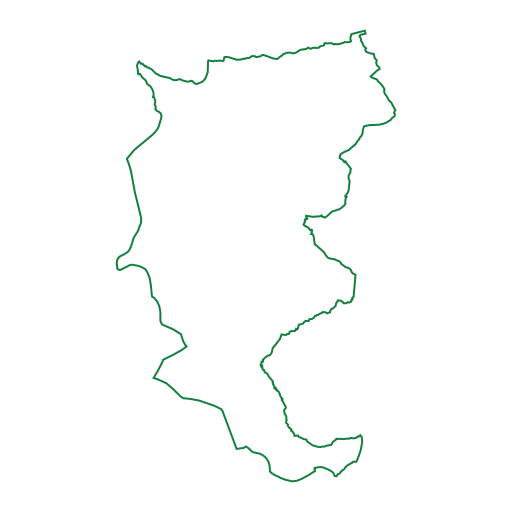 Biblian, Cañar, Ecuador, rotated 270°
{"feature_id": "8360857B93443037342113", "entity_name": "Biblian", "entity_type": "district", "adm_level": 2, "iso_a3": "ECU", "parent_name": "Ecuador", "parent_adm1": "Cañar", "projection": "albers", "projection_center": [-78.972, -2.675], "detail": "fine", "context": "isolated", "style": "outline", "palette": "green", "viewbox_px": 512, "rotation_deg": 270, "n_neighbors": 0, "source": "geoboundaries", "source_scale": "gbopen_adm2", "svg_char_len": 6075}
<svg xmlns="http://www.w3.org/2000/svg" viewBox="0 0 512 512"><g transform="rotate(270 256 256)"><path d="M451.6,208.4L451.2,208.1L439.7,207.7L433.4,205.4L430.0,202.1L427.9,196.3L428.6,194.7L431.1,192.0L431.2,190.8L430.3,188.5L430.4,187.1L431.3,183.3L432.9,179.7L431.9,176.7L431.8,174.6L432.4,172.4L433.9,170.0L436.1,160.2L437.7,157.6L438.4,155.9L443.0,151.3L443.7,149.5L444.4,148.6L444.4,147.4L445.9,145.8L445.7,144.9L446.4,144.7L446.7,143.7L448.2,142.6L448.1,141.1L448.8,140.9L449.2,140.1L450.5,139.1L449.1,138.0L446.1,136.9L443.8,137.6L437.8,138.2L437.7,138.5L438.2,139.8L437.9,140.2L434.6,142.2L431.7,145.7L428.1,147.1L425.7,150.3L423.9,151.6L421.3,152.9L418.5,153.6L416.9,153.6L415.1,153.0L415.2,153.7L411.5,155.2L409.7,155.3L407.8,154.6L405.3,155.8L402.9,155.3L401.2,156.7L400.2,158.9L398.7,160.6L396.2,161.5L393.9,161.2L385.3,158.6L384.0,158.1L379.7,155.0L376.8,152.0L362.1,134.3L353.2,126.9L347.6,129.0L340.8,131.0L320.0,134.8L296.1,140.7L292.1,141.2L289.5,141.1L280.8,137.8L274.0,133.6L266.3,131.3L261.6,129.1L259.8,127.4L258.2,125.0L255.3,119.4L252.4,117.3L248.0,116.7L243.1,117.5L242.3,118.5L242.1,120.5L246.7,129.4L247.3,132.3L246.1,138.4L244.8,141.9L242.8,145.3L239.8,147.3L234.0,149.7L226.4,150.9L217.0,151.8L215.3,152.2L214.2,154.1L210.9,156.9L206.1,159.2L199.9,160.4L191.4,160.4L189.5,160.9L187.4,162.3L182.8,172.9L177.8,180.9L170.6,183.3L166.9,185.4L165.6,186.6L162.2,182.1L157.0,172.8L152.2,163.1L149.8,162.3L141.3,157.9L134.0,153.6L132.8,157.5L128.8,166.3L123.1,172.9L115.5,180.7L113.8,183.3L113.1,190.2L111.5,199.0L106.1,214.7L102.9,221.1L101.0,222.5L63.1,236.6L64.1,243.7L65.5,245.9L64.2,248.0L59.9,252.6L58.2,260.2L56.4,263.4L53.9,266.2L50.2,268.5L46.7,269.5L40.5,270.0L38.7,271.9L37.2,274.3L33.9,281.1L32.3,285.2L30.7,292.0L30.9,294.8L31.4,297.4L33.2,301.7L36.7,308.3L41.0,315.0L42.9,314.9L43.3,314.4L44.1,314.7L44.9,319.6L44.9,322.0L44.1,324.5L41.3,330.6L39.4,333.1L35.9,334.8L35.8,336.6L37.8,337.8L38.3,339.3L41.1,341.6L42.8,344.2L45.0,345.6L47.0,348.0L49.2,352.1L49.8,352.4L50.3,353.2L50.2,356.3L55.1,358.4L61.7,360.7L69.9,362.2L74.8,361.8L76.7,360.3L75.9,359.8L76.0,359.2L75.4,358.6L75.2,357.1L74.2,356.2L73.6,353.3L74.1,350.6L73.2,349.1L73.5,347.6L72.9,343.9L73.2,339.5L72.9,337.1L73.3,336.4L72.1,335.6L69.8,332.5L67.5,331.5L67.0,330.9L66.3,326.2L65.4,324.5L65.5,322.3L65.0,320.8L64.9,319.3L66.0,314.6L66.9,312.2L70.7,307.0L72.5,306.4L72.8,303.7L73.5,302.7L75.2,298.6L76.5,298.1L76.1,294.5L77.8,294.2L80.1,292.8L81.0,292.1L81.2,291.2L83.0,291.1L84.3,289.1L86.2,287.9L87.5,287.9L89.3,286.0L92.3,286.7L93.0,286.3L95.3,286.3L97.2,285.5L98.3,284.6L101.5,284.1L102.2,284.3L103.9,285.7L105.2,285.7L111.7,282.2L111.8,281.8L113.1,281.8L113.3,282.3L114.0,281.5L116.1,280.3L119.8,279.1L121.0,277.7L122.6,276.7L122.8,276.1L122.4,276.0L123.0,275.5L123.7,275.6L123.6,274.6L123.9,274.2L125.3,274.7L128.0,272.9L128.7,273.1L129.3,272.6L130.5,272.9L135.4,268.9L138.6,267.0L139.8,264.6L141.7,264.3L142.6,262.6L143.6,262.6L145.0,261.6L145.0,262.3L146.2,262.3L146.8,261.8L147.0,260.8L147.4,260.6L148.5,261.4L150.3,261.5L150.4,263.2L152.3,263.0L153.9,264.5L156.3,267.6L156.8,269.9L158.9,271.5L164.1,272.8L165.6,274.2L173.3,280.1L177.5,281.5L177.0,286.1L178.1,287.4L178.1,289.0L180.1,289.7L180.8,290.5L181.1,295.1L183.1,296.0L182.4,296.7L182.8,297.4L184.3,298.2L185.9,298.3L187.3,299.0L188.4,303.0L189.7,303.9L191.1,305.6L191.0,308.6L192.8,309.4L193.1,312.1L194.4,313.9L195.9,314.8L196.1,315.9L196.9,316.5L197.1,317.9L198.6,320.3L199.0,322.0L200.0,322.8L199.6,326.0L198.6,327.4L199.4,328.8L199.6,330.0L201.1,330.3L203.1,331.4L203.6,333.0L206.1,335.6L208.6,336.1L211.7,338.0L211.2,341.0L209.8,343.0L208.7,343.6L208.8,346.3L209.8,347.6L209.4,349.1L210.5,351.4L212.4,351.4L212.8,351.8L212.7,352.5L214.4,352.4L215.1,353.6L237.2,355.5L238.1,353.5L239.6,351.8L242.0,350.9L243.3,349.6L244.2,348.3L244.8,345.7L247.9,341.5L250.7,339.6L251.4,337.3L252.8,334.4L253.4,330.4L253.9,328.6L254.5,327.7L257.7,325.1L259.4,324.4L266.7,316.2L267.5,314.8L276.0,313.6L277.9,312.6L278.0,311.1L280.2,312.0L281.3,311.3L281.8,312.0L282.2,311.8L282.3,311.4L281.7,310.6L281.9,310.1L284.3,308.4L286.7,304.0L287.7,303.6L290.3,305.1L291.1,304.7L292.5,305.0L293.2,306.3L292.8,306.7L293.5,307.3L294.7,306.2L296.2,306.2L295.2,312.8L295.8,320.7L296.6,321.4L295.1,322.6L295.0,323.7L294.4,324.8L296.2,327.5L299.6,331.1L300.6,332.6L302.6,338.8L303.6,340.7L306.6,344.3L308.7,345.5L310.3,345.2L314.0,345.7L315.1,346.7L315.4,346.5L315.4,345.5L315.9,345.2L319.1,347.6L321.6,348.6L330.6,349.6L333.8,348.6L335.3,348.5L336.7,348.8L339.6,350.4L341.6,350.4L343.3,350.9L349.0,346.4L350.7,345.5L350.6,344.9L349.0,344.3L349.9,344.3L351.8,343.0L354.0,339.6L357.6,340.4L359.3,342.9L362.3,349.3L363.8,350.7L367.7,355.5L371.4,357.9L372.8,359.3L373.6,359.3L376.2,361.4L378.2,362.4L382.5,363.0L385.6,364.0L386.8,368.7L387.3,379.2L388.4,383.8L389.5,386.5L392.0,390.6L394.1,392.2L395.7,394.5L397.6,394.9L399.4,394.0L401.7,395.3L409.4,391.3L411.8,388.8L415.3,387.0L418.5,384.7L420.6,384.1L422.7,384.5L425.6,382.8L429.3,379.7L430.1,378.5L432.6,376.8L434.3,372.2L435.6,370.7L441.8,377.5L442.9,379.6L444.6,379.1L446.9,376.8L449.2,376.2L451.8,376.7L453.8,374.7L458.1,373.8L458.5,370.8L460.1,366.3L462.1,365.2L462.9,365.4L463.7,366.1L466.4,363.3L469.0,362.5L471.3,361.0L473.4,360.9L475.2,359.7L476.3,359.6L477.2,360.7L478.4,365.6L481.3,364.8L477.9,351.5L474.3,350.4L472.4,350.5L470.8,351.1L470.0,349.5L469.7,346.4L470.0,344.9L469.1,343.1L468.0,339.2L467.7,337.7L468.1,334.9L467.5,334.3L468.9,331.3L468.5,326.8L469.0,325.5L468.4,324.3L467.4,324.3L466.6,323.9L465.6,320.1L464.5,319.2L464.0,317.0L464.3,313.5L463.2,310.5L464.4,308.1L463.0,306.2L462.2,300.5L459.3,295.9L458.6,292.9L459.4,290.0L459.1,286.2L458.6,285.7L457.9,283.1L456.3,281.9L455.7,280.6L453.0,277.3L453.5,273.3L455.6,267.6L457.0,263.5L457.0,262.6L456.5,261.4L455.8,260.7L455.1,258.0L455.0,255.9L455.6,255.4L456.0,252.2L454.0,249.0L453.9,246.9L453.1,244.6L453.4,244.2L452.3,239.8L452.3,236.4L454.8,228.8L455.1,225.4L454.8,224.4L451.5,223.6L451.0,222.9L451.4,219.2L451.0,216.7L451.3,214.9L450.7,213.1L451.6,208.4Z" fill="none" stroke="#15803d" stroke-width="2"/></g></svg>